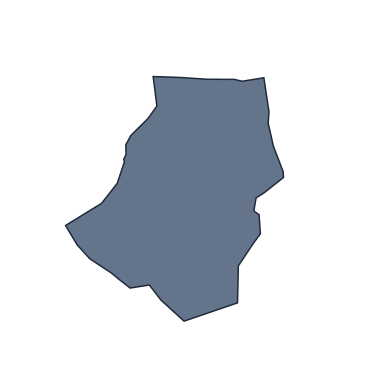 Bu'ren, Töv, Mongolia, rotated 235°
{"feature_id": "93677404B69512651259917", "entity_name": "Bu'ren", "entity_type": "district", "adm_level": 2, "iso_a3": "MNG", "parent_name": "Mongolia", "parent_adm1": "Töv", "projection": "albers", "projection_center": [105.213, 46.842], "detail": "fine", "context": "isolated", "style": "filled", "palette": "slate", "viewbox_px": 384, "rotation_deg": 235, "n_neighbors": 0, "source": "geoboundaries", "source_scale": "gbopen_adm2", "svg_char_len": 643}
<svg xmlns="http://www.w3.org/2000/svg" viewBox="0 0 384 384"><g transform="rotate(235 192 192)"><path d="M308.9,226.4L282.5,212.5L277.4,197.8L273.4,174.4L268.6,164.8L260.7,159.6L257.9,154.8L255.4,153.8L242.0,135.8L236.7,118.4L234.6,111.6L237.1,69.2L214.5,67.6L195.7,70.0L171.8,79.5L162.6,82.0L148.8,86.2L140.3,103.7L121.1,104.6L90.8,111.4L75.1,165.7L104.9,187.6L114.4,211.9L118.6,224.1L134.9,233.9L141.0,231.8L150.4,241.1L150.0,250.6L150.9,266.3L151.4,275.3L156.5,278.4L182.7,284.9L204.7,293.9L213.6,301.1L244.4,316.4L253.9,296.7L260.1,291.1L275.5,269.3L292.6,248.0L308.9,226.4Z" fill="#64748b" stroke="#1e293b" stroke-width="1.5"/></g></svg>